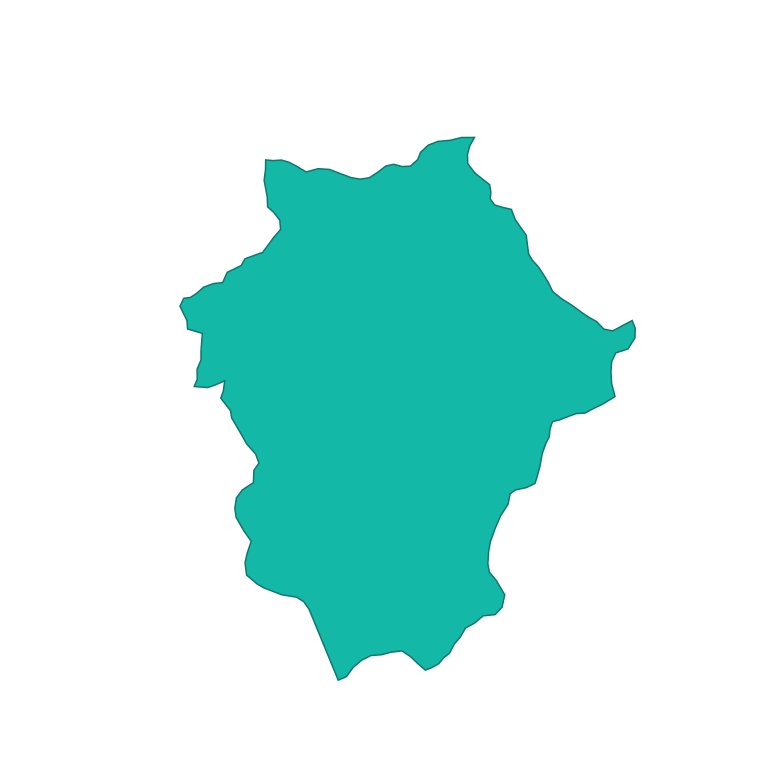 São Tomás de Aquino, Minas Gerais, Brazil (orthographic projection), rotated 318°
{"feature_id": "56859067B74790643980501", "entity_name": "São Tomás de Aquino", "entity_type": "district", "adm_level": 2, "iso_a3": "BRA", "parent_name": "Brazil", "parent_adm1": "Minas Gerais", "projection": "orthographic", "projection_center": [-47.12, -20.781], "detail": "fine", "context": "isolated", "style": "filled", "palette": "teal", "viewbox_px": 768, "rotation_deg": 318, "n_neighbors": 0, "source": "geoboundaries", "source_scale": "gbopen_adm2", "svg_char_len": 2163}
<svg xmlns="http://www.w3.org/2000/svg" viewBox="0 0 768 768"><g transform="rotate(318 384 384)"><path d="M446.0,138.3L439.4,145.4L431.2,152.4L422.3,167.0L416.0,174.5L416.9,182.8L416.1,192.6L410.6,199.9L399.5,201.4L381.9,205.0L364.5,197.9L357.2,200.4L342.2,196.1L331.9,200.7L324.6,195.3L314.7,191.3L305.8,191.3L298.0,190.1L292.5,186.3L284.4,189.7L280.0,205.1L274.8,211.7L282.9,224.8L270.1,237.0L264.2,243.6L254.9,248.0L248.5,255.4L241.3,258.9L250.6,268.7L258.2,271.9L267.8,275.0L259.8,281.8L253.2,285.3L252.1,301.1L248.1,307.3L244.8,323.4L241.8,336.8L241.8,350.1L238.1,359.1L229.6,361.1L220.9,369.9L207.6,367.9L198.1,369.9L190.0,376.5L184.9,384.1L181.5,399.8L180.1,412.0L169.1,418.2L160.9,424.1L154.0,434.1L155.9,447.7L158.3,455.2L166.9,472.1L176.4,483.9L178.7,492.1L177.6,501.2L151.8,573.5L160.3,576.3L171.3,574.0L182.5,574.3L192.6,577.0L200.8,583.4L209.7,588.0L218.7,594.3L221.3,604.3L222.1,615.6L223.3,624.3L230.2,626.9L237.6,628.5L244.9,627.4L252.6,627.9L262.1,624.3L271.4,623.1L281.3,619.9L291.4,622.3L302.5,622.6L312.2,629.7L322.4,628.9L332.7,621.4L336.0,605.0L336.4,594.4L340.8,587.2L350.0,578.2L357.6,572.4L370.2,565.6L382.2,560.1L395.9,556.3L404.2,550.0L411.0,550.8L420.6,556.3L429.7,558.9L437.0,554.6L444.8,549.5L454.9,541.7L464.5,536.5L471.5,533.8L477.1,528.7L484.0,524.7L490.6,528.2L497.3,530.7L506.9,534.5L513.9,540.1L523.4,542.4L533.0,545.3L547.3,547.9L553.4,536.1L560.9,526.7L568.2,519.7L577.1,516.0L588.8,521.2L601.3,517.7L608.0,510.7L610.9,502.9L602.4,500.7L589.5,497.6L584.1,490.3L583.7,479.6L580.7,471.0L579.0,463.8L576.0,450.0L573.0,439.4L571.2,428.1L574.1,418.3L576.0,407.7L577.1,400.5L577.1,391.0L578.6,384.0L584.0,376.1L589.3,368.6L590.3,359.6L591.5,349.8L595.5,339.5L590.1,331.7L586.0,325.0L586.8,317.6L591.8,312.9L595.9,306.6L594.4,298.0L592.7,288.1L593.7,276.3L599.7,269.2L606.9,264.5L616.2,261.3L606.6,252.7L596.3,247.2L586.4,239.8L576.8,236.1L566.2,236.3L559.1,239.8L549.5,239.8L543.0,234.6L538.2,227.2L531.2,223.2L521.3,222.5L511.0,220.9L503.3,215.7L497.7,208.7L492.7,199.2L487.1,188.1L479.1,179.9L468.0,174.3L464.7,163.5L461.7,155.5L457.6,148.9L451.1,143.8L446.0,138.3Z" fill="#14b8a6" stroke="#0f766e" stroke-width="1.5"/></g></svg>